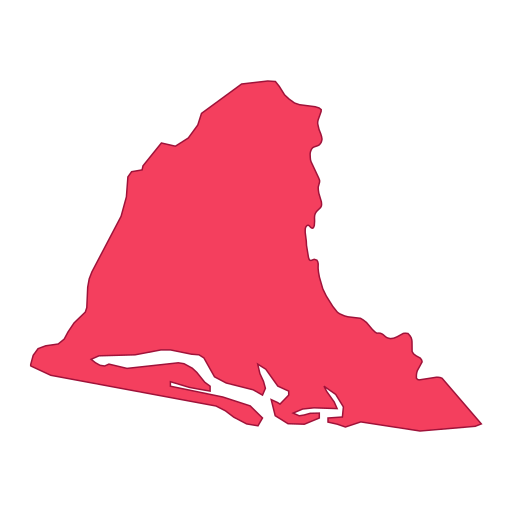 the border of Usulután
{"feature_id": "SLV-1354", "entity_name": "Usulután", "entity_type": "Department", "adm_level": 1, "iso_a3": "SLV", "parent_name": "El Salvador", "parent_adm1": "", "projection": "mercator", "projection_center": [-88.42, 13.427], "detail": "fine", "context": "isolated", "style": "filled", "palette": "rose", "viewbox_px": 512, "rotation_deg": 0, "n_neighbors": 0, "source": "natural_earth", "source_scale": "10m", "svg_char_len": 2795}
<svg xmlns="http://www.w3.org/2000/svg" viewBox="0 0 512 512"><path d="M481.3,423.9L475.2,426.3L420.0,431.0L360.8,421.9L345.4,427.0L337.3,424.2L328.0,422.1L328.0,418.0L342.4,417.0L343.4,406.9L335.7,394.4L324.0,386.2L326.6,391.3L334.2,402.0L337.1,408.6L314.0,407.8L302.7,409.0L293.1,413.1L299.2,415.8L304.2,415.0L310.2,413.3L319.3,413.1L319.3,418.0L304.4,424.2L288.0,423.7L275.2,415.7L271.2,399.6L277.5,402.5L280.0,404.1L288.7,395.1L288.7,391.1L277.8,386.1L265.8,369.2L257.7,364.1L259.9,373.6L263.5,381.4L265.4,388.3L262.5,395.1L253.2,389.8L226.2,383.0L214.5,376.8L203.9,357.9L199.0,354.8L191.5,354.2L170.4,349.9L161.0,349.9L135.1,354.8L99.0,355.8L91.1,359.3L95.4,362.7L100.0,365.3L104.7,366.0L108.9,364.1L127.0,368.4L178.3,362.8L184.0,363.7L192.3,368.2L196.8,372.4L204.7,382.2L210.1,386.2L210.1,391.1L198.1,389.0L189.4,387.4L170.4,381.7L170.4,386.2L222.8,397.0L250.2,405.9L262.5,418.0L258.0,425.8L246.6,423.9L233.8,417.2L225.4,410.8L216.0,406.0L50.8,375.3L31.1,366.1L30.7,365.8L30.7,364.5L33.2,355.3L38.1,348.6L45.7,345.8L58.2,344.0L64.2,339.1L68.1,331.8L74.1,322.9L85.3,312.1L86.8,307.6L87.7,287.2L89.2,278.9L91.9,271.9L121.1,216.3L126.4,196.9L127.9,176.9L131.6,171.7L142.1,169.9L143.0,165.8L161.4,143.0L175.4,146.2L188.3,138.0L197.8,125.0L201.5,113.4L241.6,84.0L267.7,81.0L275.4,81.5L279.3,86.4L284.6,94.9L289.0,99.0L294.5,103.0L299.5,104.7L315.1,106.7L319.0,107.9L321.2,109.6L321.1,111.5L318.1,120.0L317.7,121.9L317.7,123.8L319.0,129.4L320.8,134.0L321.6,136.7L322.0,139.1L321.7,140.8L321.1,142.5L320.2,143.8L319.1,145.0L317.7,145.7L314.2,146.9L312.7,147.7L311.7,148.9L311.0,150.3L310.4,152.0L310.1,154.0L310.3,157.9L310.5,159.8L311.0,161.6L318.7,178.0L319.6,180.4L319.6,182.0L318.2,187.1L318.3,189.8L318.8,193.2L321.4,201.9L321.6,204.4L321.4,205.9L320.6,207.5L317.1,210.9L316.1,212.1L315.2,213.7L314.7,215.3L314.5,217.3L314.6,221.3L314.3,225.5L313.7,227.1L312.8,228.2L311.6,228.0L310.6,227.3L309.7,226.2L309.0,225.6L308.1,225.2L306.9,225.6L305.9,226.8L305.3,228.4L305.2,230.4L305.2,232.4L306.3,241.2L306.5,245.4L308.5,257.5L309.3,259.7L310.1,260.4L311.3,260.4L314.2,259.3L316.9,260.2L317.8,261.9L318.2,263.9L318.1,268.2L318.5,272.1L319.4,277.1L322.8,288.9L326.2,295.9L332.7,306.3L337.2,312.0L338.3,312.9L339.7,313.8L344.5,315.9L347.9,316.8L360.5,318.3L363.3,320.0L366.6,322.6L372.3,329.4L374.9,331.9L376.8,333.2L378.4,333.1L380.2,333.2L381.8,333.8L383.2,334.7L385.6,336.8L387.0,337.7L388.6,338.2L390.4,338.6L392.2,338.4L394.0,338.1L397.3,336.7L403.3,333.4L405.3,333.2L408.0,333.5L410.1,335.9L411.2,337.8L411.8,339.9L412.0,341.8L412.1,351.5L413.6,353.9L416.1,355.8L420.3,358.1L421.7,360.1L422.1,361.9L417.3,370.7L416.7,372.8L416.4,375.0L416.4,378.2L417.6,379.5L419.2,379.9L436.6,377.2L438.6,377.3L440.4,377.6L442.1,378.3L481.3,423.9Z" fill="#f43f5e" stroke="#9f1239" stroke-width="1.5"/></svg>